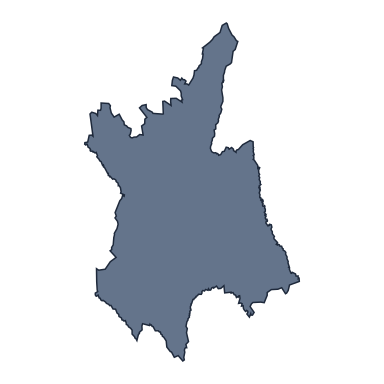 Sabanas De San Angel, Magdalena, Colombia (Equal Earth projection)
{"feature_id": "7082276B63741356680153", "entity_name": "Sabanas De San Angel", "entity_type": "district", "adm_level": 2, "iso_a3": "COL", "parent_name": "Colombia", "parent_adm1": "Magdalena", "projection": "equal_earth", "projection_center": [-74.238, 10.132], "detail": "fine", "context": "isolated", "style": "filled", "palette": "slate", "viewbox_px": 384, "rotation_deg": 0, "n_neighbors": 0, "source": "geoboundaries", "source_scale": "gbopen_adm2", "svg_char_len": 6030}
<svg xmlns="http://www.w3.org/2000/svg" viewBox="0 0 384 384"><path d="M237.8,41.4L236.4,40.7L234.0,36.8L232.0,35.0L228.6,28.4L227.2,23.8L226.3,23.0L222.2,25.4L220.0,32.5L214.1,36.8L212.5,39.4L209.8,42.2L202.5,47.9L203.4,48.4L202.3,54.0L203.1,54.1L202.5,58.7L201.4,61.6L201.4,63.7L198.9,66.1L198.7,67.7L198.0,67.9L196.6,70.3L194.5,70.7L194.0,74.9L193.0,78.1L188.7,85.0L186.9,83.9L184.7,83.9L186.0,81.1L184.5,79.7L183.1,79.7L181.8,78.1L180.4,80.3L177.8,78.0L173.5,77.0L172.4,80.3L171.8,85.6L175.8,86.2L180.5,90.8L181.2,93.1L181.2,96.0L182.6,99.7L181.5,100.1L182.0,102.1L176.2,98.3L170.8,98.5L170.6,101.5L171.1,105.5L164.6,101.1L162.8,101.4L163.3,113.9L162.6,114.1L153.0,113.4L152.2,112.1L147.5,109.6L146.2,107.6L146.1,104.6L142.1,105.5L139.5,107.9L146.9,117.4L144.9,119.1L144.7,123.7L141.6,126.0L143.1,135.0L139.7,134.5L136.6,137.0L134.0,137.1L132.1,137.9L130.5,137.4L129.3,135.3L130.3,134.1L131.1,130.5L130.9,128.6L127.8,127.4L126.6,125.9L124.3,124.8L123.9,121.8L122.2,120.0L119.2,114.2L114.1,117.1L111.3,113.0L110.0,107.7L110.4,105.7L108.7,103.5L101.1,103.0L101.1,108.3L100.5,110.3L97.9,110.2L97.5,115.6L95.8,113.5L91.8,112.2L90.0,114.0L93.0,136.2L91.7,135.1L89.2,135.3L87.7,142.1L84.9,142.6L84.7,144.2L85.8,145.0L86.6,144.2L87.3,144.3L88.1,147.2L89.6,148.1L90.5,149.5L90.1,150.1L90.5,151.1L92.8,151.3L93.1,152.1L93.7,151.9L95.1,153.0L96.2,152.4L97.5,155.7L96.8,156.8L99.1,159.4L99.7,160.8L101.1,161.6L102.5,165.2L103.3,164.8L103.8,166.2L103.4,166.7L104.7,167.8L107.7,173.5L108.3,173.4L108.3,175.5L109.5,175.9L109.9,176.8L110.3,176.5L112.7,179.2L113.8,178.8L115.3,179.6L116.1,180.5L116.1,181.5L118.1,183.2L118.3,185.6L118.8,185.3L120.4,187.6L121.1,191.7L120.6,193.2L124.4,194.9L124.1,196.3L122.6,195.4L121.7,198.5L119.8,200.8L115.1,212.6L116.3,216.1L115.0,217.9L117.5,221.3L118.1,224.2L117.0,228.6L114.3,233.4L114.5,234.7L113.8,237.5L113.2,244.9L111.6,247.5L111.7,249.6L110.1,250.8L116.1,257.4L110.3,261.7L105.2,269.2L98.7,270.2L96.5,268.7L96.7,281.6L97.2,290.0L97.7,291.6L95.3,293.1L95.3,294.7L95.7,295.8L96.6,296.2L98.1,295.1L99.2,298.0L100.3,298.3L100.7,299.8L102.1,300.8L103.0,300.3L105.5,302.0L106.4,303.3L108.8,304.4L109.6,305.6L111.0,305.4L113.0,309.0L115.6,309.2L117.1,313.1L118.7,314.3L119.0,316.5L121.4,317.9L122.0,320.0L123.2,320.2L123.6,320.9L125.4,320.6L125.4,321.6L126.1,322.1L126.3,324.5L127.7,325.1L128.6,326.9L130.5,328.1L132.1,330.2L132.1,334.1L134.6,336.8L134.9,338.0L135.9,338.6L136.9,340.5L138.4,334.5L139.4,333.5L139.3,332.4L142.1,329.9L141.9,326.0L142.6,323.7L149.4,325.5L149.9,324.2L150.5,325.1L151.3,324.9L152.1,326.4L153.1,326.6L155.3,330.8L158.3,330.8L159.4,332.0L160.4,332.0L160.9,334.1L162.1,334.8L162.4,336.3L163.7,337.1L166.2,340.9L166.8,347.0L170.3,351.6L171.5,352.0L174.3,357.3L178.2,355.6L182.8,361.0L184.3,359.9L183.8,357.3L184.8,352.2L184.4,350.2L184.8,348.6L185.5,347.7L186.7,347.7L185.9,344.4L188.5,341.6L186.5,332.7L187.3,328.6L186.0,326.3L186.9,321.7L188.0,320.0L188.0,318.8L189.4,317.1L189.2,315.3L189.8,315.0L189.4,313.7L190.0,313.1L189.8,311.2L190.9,310.4L190.9,309.1L190.4,308.8L190.4,306.5L191.3,304.8L190.9,304.1L191.7,303.4L192.9,299.5L193.8,299.5L194.2,298.5L195.9,297.4L195.9,296.5L197.6,295.6L198.4,294.3L201.3,294.3L202.0,293.0L201.9,291.5L202.9,290.5L204.5,291.0L205.6,289.5L208.0,290.3L208.5,288.8L209.4,290.1L210.6,290.1L211.9,287.8L213.1,287.3L213.6,288.1L216.5,286.1L218.3,288.7L220.8,288.4L223.9,285.7L224.7,292.9L231.1,292.2L231.1,293.1L233.0,292.6L234.2,294.7L235.6,295.1L236.4,297.4L237.1,296.7L238.1,297.3L238.7,295.9L239.6,295.7L240.0,298.4L238.6,303.4L240.7,303.0L242.1,303.7L241.5,306.1L243.1,305.7L243.5,308.7L244.7,310.6L245.8,311.5L246.7,310.4L247.8,311.2L247.8,312.6L246.9,314.0L249.4,317.1L250.7,313.8L250.9,315.1L252.5,315.1L254.1,312.4L250.1,306.6L251.4,303.9L252.9,302.5L260.8,302.1L264.2,302.7L267.2,295.3L267.2,292.5L271.3,289.6L278.0,289.2L281.7,287.7L285.5,293.7L286.6,293.1L288.2,290.5L289.5,285.0L299.3,281.4L299.1,278.4L298.3,278.6L298.7,277.8L298.0,277.0L298.1,276.0L296.1,276.1L295.5,273.9L292.2,272.3L291.6,273.3L291.0,273.2L289.4,269.4L289.5,267.7L288.7,267.3L289.2,266.7L288.0,262.9L288.2,261.5L286.9,258.5L287.1,257.0L285.6,254.2L285.8,252.4L284.7,251.0L283.2,250.2L283.1,248.7L282.4,248.4L281.6,246.2L280.0,246.2L279.3,244.8L278.1,244.3L277.4,244.2L277.4,244.9L276.3,244.4L277.5,242.5L274.0,238.8L273.8,237.8L274.4,236.5L272.3,233.7L272.3,231.6L271.1,229.8L271.2,228.4L271.9,227.2L271.3,224.8L269.7,224.3L269.4,225.3L268.7,225.0L268.0,225.9L266.0,223.2L265.9,222.0L267.3,221.3L267.4,220.3L266.9,219.3L266.2,219.8L265.2,217.9L266.1,216.1L265.1,215.6L265.9,214.5L265.0,214.5L265.2,213.4L264.3,212.2L265.3,211.3L265.3,209.0L264.6,208.2L264.9,206.1L264.4,205.6L263.7,206.3L262.8,206.1L262.5,204.9L263.2,204.0L262.1,202.6L263.1,201.8L263.0,200.2L262.5,199.7L262.2,200.8L261.6,201.0L260.7,200.1L261.2,199.0L260.7,197.7L259.9,197.7L259.7,197.1L260.0,194.7L259.2,192.9L259.8,191.7L259.6,191.1L260.3,190.2L260.0,188.5L259.5,188.9L258.9,187.4L259.8,187.0L259.2,186.0L260.9,184.5L260.2,183.7L260.3,181.6L259.2,179.6L259.7,177.4L258.7,176.0L259.6,174.4L258.8,173.0L258.6,170.2L259.7,167.7L258.8,167.2L257.8,168.2L257.7,165.4L254.1,159.9L253.2,159.5L253.9,158.2L253.7,156.3L253.2,155.5L254.2,154.8L253.2,151.6L253.5,149.6L253.1,148.5L253.6,147.6L253.2,146.7L253.1,141.8L250.2,140.5L242.7,144.7L238.4,149.5L236.9,149.9L236.0,151.1L236.0,152.3L233.6,150.6L233.4,149.1L231.6,147.5L229.1,149.2L228.3,147.7L226.2,147.2L224.3,151.3L222.4,151.7L220.7,154.6L218.7,155.3L218.5,154.4L217.4,153.5L216.8,153.8L215.8,152.7L213.9,152.9L212.4,152.2L211.5,151.4L210.4,148.4L210.6,146.3L211.7,143.7L211.4,142.5L212.3,140.2L212.4,138.3L214.5,136.2L214.7,133.5L214.1,130.0L215.8,128.9L215.7,124.7L217.9,122.7L218.5,120.9L218.3,119.3L219.3,116.6L219.1,115.4L220.8,112.9L221.8,109.2L220.8,107.2L220.9,106.2L222.9,101.4L222.9,97.7L221.6,89.9L222.4,86.8L221.8,83.2L222.6,82.6L222.8,81.5L223.3,81.9L223.8,80.2L223.4,80.0L223.4,75.3L224.5,72.3L224.7,70.4L226.2,66.2L230.3,63.9L231.5,62.6L233.1,51.3L235.2,49.5L237.8,41.4Z" fill="#64748b" stroke="#1e293b" stroke-width="1.5"/></svg>